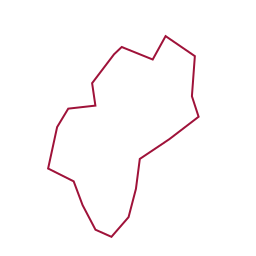 map outline of Incukalna (Mercator projection), rotated 131°
{"feature_id": "LVA-5762", "entity_name": "Incukalna", "entity_type": "Municipality", "adm_level": 1, "iso_a3": "LVA", "parent_name": "Latvia", "parent_adm1": "", "projection": "mercator", "projection_center": [24.652, 57.103], "detail": "fine", "context": "isolated", "style": "outline", "palette": "rose", "viewbox_px": 256, "rotation_deg": 131, "n_neighbors": 0, "source": "natural_earth", "source_scale": "10m", "svg_char_len": 404}
<svg xmlns="http://www.w3.org/2000/svg" viewBox="0 0 256 256"><g transform="rotate(131 128 128)"><path d="M117.7,184.5L81.5,186.9L71.0,185.9L60.1,154.3L34.0,159.9L29.9,124.7L62.1,100.6L73.2,82.1L109.4,89.5L143.6,98.8L168.7,82.1L194.9,69.1L221.0,69.1L226.1,85.8L216.0,111.7L203.9,134.0L211.0,161.7L173.8,182.1L152.6,185.8L132.5,167.3L117.7,184.5Z" fill="none" stroke="#9f1239" stroke-width="2"/></g></svg>